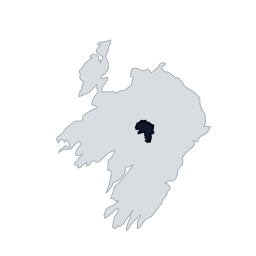 Birr Lea-6, Offaly, Ireland (highlighted), rotated 321°
{"feature_id": "5873133B95472927677681", "entity_name": "Birr Lea-6", "entity_type": "district", "adm_level": 2, "iso_a3": "IRL", "parent_name": "Ireland", "parent_adm1": "Offaly", "projection": "robinson", "projection_center": [-7.878, 53.106], "detail": "fine", "context": "in_parent", "style": "filled", "palette": "ink", "viewbox_px": 256, "rotation_deg": 321, "n_neighbors": 0, "source": "geoboundaries", "source_scale": "gbopen_adm2", "svg_char_len": 7584}
<svg xmlns="http://www.w3.org/2000/svg" viewBox="0 0 256 256"><g transform="rotate(321 128 128)"><path d="M161.7,55.1L156.4,57.8L155.5,58.9L154.1,63.1L153.9,64.4L150.6,69.1L148.7,70.1L145.9,70.9L144.3,71.6L142.3,71.2L139.7,71.3L138.5,72.1L138.5,72.8L139.3,73.5L144.0,75.7L143.7,76.6L142.4,77.7L133.9,80.2L131.4,81.8L130.6,82.8L131.4,84.5L138.2,89.6L139.3,90.2L140.3,93.2L146.3,94.4L148.7,96.3L150.8,96.7L155.4,96.6L157.2,97.3L158.2,96.7L158.8,95.7L163.9,92.1L162.3,89.4L167.5,84.8L168.9,84.8L171.3,86.2L173.3,88.2L174.0,90.8L175.9,93.2L177.1,94.0L180.4,94.5L181.1,95.4L180.6,98.8L181.1,100.0L189.4,99.9L192.8,98.4L195.7,98.7L197.1,100.2L197.8,101.8L195.3,102.4L192.7,102.1L191.4,103.1L191.3,105.1L192.2,107.7L194.0,109.5L195.4,113.6L196.6,118.2L198.5,120.9L198.9,124.3L198.6,126.0L199.0,129.0L198.2,130.1L198.8,132.9L202.0,142.1L202.7,149.2L201.2,151.9L199.2,154.4L197.9,157.4L196.9,160.7L196.4,165.9L192.0,172.1L190.2,173.6L188.0,174.5L192.8,178.8L188.9,180.8L184.7,181.4L180.0,180.3L177.1,180.4L173.4,182.6L172.6,182.2L170.8,178.7L169.6,182.4L166.9,183.5L162.3,183.3L154.6,184.2L151.6,185.3L150.4,186.9L149.4,188.8L148.2,189.9L146.9,190.5L140.9,191.8L139.7,192.4L137.0,195.4L133.4,197.2L130.4,197.7L127.7,195.9L126.6,194.9L125.4,194.3L121.3,194.4L122.6,195.0L123.4,196.2L123.8,198.6L123.3,200.9L121.3,202.1L118.9,202.3L115.1,204.7L110.0,205.4L107.3,207.6L90.6,211.4L89.7,211.5L87.4,210.5L84.9,210.1L82.4,210.4L75.4,212.5L72.0,212.1L76.4,206.8L82.2,204.2L82.8,203.4L80.9,203.1L69.9,204.9L66.1,206.5L62.3,206.9L64.1,204.6L69.0,201.3L73.3,199.1L75.2,197.2L80.4,195.0L63.6,199.5L59.2,199.0L58.2,197.7L54.8,198.3L53.5,195.3L58.7,190.7L61.6,188.7L65.2,187.6L68.5,186.1L69.8,184.2L68.2,183.6L58.2,184.1L53.3,183.7L53.6,182.2L54.5,180.6L59.6,177.7L62.3,177.3L64.7,177.6L68.9,179.2L74.6,178.7L72.3,176.9L71.9,173.2L70.1,172.0L72.4,170.3L75.1,169.3L79.5,165.8L81.1,165.2L89.8,164.4L99.3,162.5L108.6,160.0L103.8,158.6L101.6,156.7L97.9,160.5L95.2,161.9L87.7,162.7L85.3,162.3L82.0,161.1L81.0,161.6L80.0,162.5L75.0,164.3L69.8,164.8L75.9,161.4L83.6,155.6L85.4,153.7L87.8,150.6L87.1,149.2L85.5,148.3L91.1,141.8L93.1,140.6L96.7,140.4L99.3,139.4L100.4,139.4L101.4,139.0L103.7,137.0L100.2,135.8L96.6,135.2L85.3,135.8L83.9,135.7L82.5,135.1L81.6,134.2L80.9,132.0L80.1,131.5L77.6,131.5L75.1,132.2L73.3,132.1L71.6,131.1L74.4,128.9L70.9,128.3L67.3,128.8L64.3,128.1L64.3,126.7L65.6,125.2L63.9,123.9L63.5,122.2L65.4,121.3L67.5,121.6L71.7,120.4L77.0,119.7L72.5,118.5L70.6,117.4L70.6,115.8L71.0,114.4L76.3,112.0L81.9,111.0L81.5,109.4L82.0,107.8L76.3,107.3L70.6,108.5L71.2,105.3L72.6,102.3L72.9,100.4L72.7,98.4L70.0,99.3L69.8,96.4L68.6,94.4L64.7,95.8L64.9,93.1L66.0,91.3L68.1,90.5L70.1,90.9L73.8,90.8L77.5,89.5L82.7,89.1L91.0,89.5L96.7,93.4L98.2,92.7L100.5,90.3L101.6,90.0L110.2,91.1L115.6,92.5L117.0,92.0L116.2,89.3L114.4,87.4L116.7,85.0L119.6,83.3L121.4,82.5L125.8,81.4L127.7,80.5L128.9,77.3L130.9,74.6L120.1,76.0L109.7,72.9L111.4,70.7L113.6,69.4L117.3,68.5L117.7,67.3L119.6,66.3L122.8,63.8L121.6,60.5L122.3,58.2L124.5,56.6L125.2,54.4L126.3,52.8L130.8,52.2L135.3,50.7L142.1,50.5L143.8,51.1L143.4,48.5L146.6,48.2L147.9,48.7L148.4,50.6L149.9,51.8L150.3,53.8L149.3,55.4L147.7,56.7L149.2,58.0L146.9,60.3L149.4,59.3L153.0,57.0L152.8,55.2L152.2,52.9L151.2,50.8L151.6,48.5L153.6,47.1L158.8,46.4L156.7,43.8L158.6,43.5L160.7,44.1L163.7,46.1L170.2,48.9L167.1,51.5L163.2,53.2L161.7,55.1ZM69.5,106.3L69.3,107.6L66.8,106.0L65.6,104.3L58.8,103.5L61.7,101.8L63.0,102.3L67.9,102.4L69.2,103.1L69.5,106.3Z" fill="#d9dde1" stroke="#a8b0b8" stroke-width="1"/><path d="M144.6,147.9L144.6,147.7L144.9,147.5L145.0,147.4L145.1,147.2L145.3,147.0L145.3,146.8L145.5,146.7L145.4,146.6L145.2,146.5L145.4,146.3L145.3,146.2L145.3,145.6L145.5,145.4L145.7,144.9L145.9,144.7L146.2,144.6L146.4,144.7L146.8,144.5L147.2,144.3L147.0,143.8L147.7,143.4L148.3,143.2L148.8,142.7L149.0,142.4L148.9,142.3L149.0,142.2L149.4,141.8L149.5,141.5L149.3,141.4L148.6,141.2L148.6,140.9L148.5,140.7L148.4,140.6L148.2,140.5L148.2,140.4L147.9,140.4L147.8,140.1L147.5,139.8L147.4,139.6L147.5,139.5L147.4,139.4L147.6,139.3L147.8,139.2L148.0,139.0L148.0,138.8L147.9,138.7L148.0,138.7L147.6,138.1L147.3,137.8L147.3,137.7L147.5,137.8L147.8,137.7L147.7,137.5L147.5,137.4L147.4,137.2L147.3,136.9L147.5,136.7L147.4,136.6L147.1,136.3L146.8,136.3L146.5,135.8L146.4,135.7L146.3,135.8L146.1,135.8L146.0,135.7L146.4,135.3L145.9,134.9L145.8,134.7L145.6,134.3L145.5,133.8L146.4,133.4L146.5,133.3L146.4,133.2L145.9,133.1L145.7,133.2L145.4,132.8L145.2,133.0L144.8,133.1L144.2,132.8L144.3,132.7L144.2,132.6L143.4,132.1L143.7,131.9L144.0,131.8L143.7,131.5L143.7,131.3L143.5,130.9L143.1,131.0L143.0,130.9L142.9,130.8L142.7,130.8L142.4,130.7L142.3,130.8L142.0,130.8L141.6,130.6L140.9,130.7L140.9,130.8L140.7,130.8L140.8,130.9L140.6,131.2L140.3,130.9L140.2,130.9L139.9,131.0L139.4,130.9L139.0,130.7L138.9,130.5L138.7,130.4L138.4,130.3L138.2,130.3L138.0,130.2L137.9,130.3L137.5,130.5L137.3,130.8L137.3,131.0L137.0,131.3L136.7,131.4L136.5,131.5L136.2,131.5L136.0,131.4L135.8,131.5L135.7,131.8L135.3,132.0L135.0,131.9L134.7,132.0L134.4,132.4L134.5,132.6L134.6,132.8L134.4,133.0L134.1,133.4L133.8,133.5L133.7,133.8L133.6,134.0L133.9,134.2L134.0,134.4L134.2,134.6L134.4,134.6L134.5,135.0L135.1,135.1L135.3,135.2L135.4,135.4L136.0,135.6L136.4,135.9L136.5,136.2L136.5,136.4L136.4,136.4L136.4,136.5L136.3,136.9L136.0,137.2L135.9,137.4L135.6,137.6L135.3,137.7L135.1,137.6L134.7,137.6L134.4,137.6L134.1,137.6L133.7,137.6L133.3,137.9L133.2,138.1L132.9,138.4L132.6,138.6L132.6,138.8L132.8,138.8L133.0,139.0L133.3,139.1L133.5,139.4L133.8,139.4L133.9,139.5L134.1,139.5L134.3,139.5L134.6,139.6L134.8,139.7L134.9,139.8L135.1,139.8L135.2,140.0L135.3,140.0L135.6,140.0L135.9,140.2L136.2,140.2L136.2,140.3L136.3,140.4L136.5,140.5L136.9,140.6L137.0,140.7L137.2,140.8L137.4,140.9L137.5,141.0L137.6,141.3L137.8,141.3L138.1,141.5L137.9,141.7L137.8,141.8L138.1,142.2L138.1,142.3L138.0,142.5L137.9,142.6L137.8,142.8L137.9,143.0L137.8,143.3L137.7,143.4L137.6,143.5L137.5,143.8L137.6,144.0L137.3,144.2L136.9,144.0L136.6,144.2L136.7,144.3L136.9,144.6L136.7,144.7L136.7,144.8L136.6,145.0L136.8,145.1L136.6,145.3L136.7,145.6L136.7,145.8L137.0,146.0L137.1,146.3L136.8,146.4L136.6,146.2L136.5,146.3L136.2,146.2L135.6,146.1L135.5,146.3L135.2,146.4L135.1,146.7L135.2,146.9L135.5,147.0L135.8,147.2L135.9,147.3L135.8,147.6L136.1,148.0L136.2,148.3L135.9,148.4L135.8,148.6L135.9,148.8L135.6,149.1L134.9,149.2L134.4,149.0L134.0,148.7L133.8,148.7L133.8,148.8L133.7,148.9L133.6,149.0L133.8,149.6L134.1,149.9L133.9,150.3L134.0,150.5L134.0,150.9L134.3,150.8L134.5,150.8L134.6,151.0L134.8,150.9L135.0,151.0L135.4,151.2L135.6,151.2L135.8,151.3L135.7,151.5L135.6,151.9L135.4,151.9L135.5,152.0L135.8,152.2L135.8,152.3L136.0,152.4L136.1,152.6L136.4,152.7L136.6,152.6L136.7,152.4L136.7,152.2L136.9,152.1L137.1,151.9L137.3,151.9L137.3,151.7L137.2,151.5L137.3,151.4L137.0,151.1L136.7,150.8L136.7,150.7L136.9,150.7L137.5,150.9L137.6,151.1L137.7,151.4L137.9,151.4L138.1,151.2L138.3,151.2L138.3,150.9L138.2,150.7L138.4,150.6L138.5,150.7L138.9,150.7L139.0,150.7L139.3,150.5L139.3,150.4L139.1,150.2L139.4,149.9L139.5,150.0L139.7,149.8L139.8,149.8L140.0,149.8L140.1,149.7L139.8,149.4L140.1,149.3L140.5,149.0L140.7,148.9L140.5,148.7L140.3,148.6L140.2,148.6L139.9,148.4L140.0,148.4L140.0,148.2L140.7,148.0L140.7,147.9L140.8,147.8L140.9,147.7L141.3,147.6L141.4,147.4L141.3,147.2L141.6,147.1L141.8,147.0L142.1,146.9L142.3,146.8L142.4,147.0L142.5,147.2L142.5,147.3L142.8,147.3L143.0,147.3L143.3,147.4L143.6,147.5L143.6,147.8L143.8,147.8L144.0,147.7L144.1,147.8L144.3,147.8L144.6,147.9Z" fill="#0f172a" stroke="#020617" stroke-width="1.5"/></g></svg>